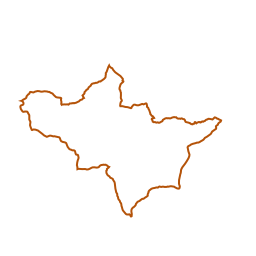 outline of Guayabetal, Cundinamarca, Colombia, rotated 61°
{"feature_id": "7082276B39742975331466", "entity_name": "Guayabetal", "entity_type": "district", "adm_level": 2, "iso_a3": "COL", "parent_name": "Colombia", "parent_adm1": "Cundinamarca", "projection": "mercator", "projection_center": [-73.849, 4.248], "detail": "fine", "context": "isolated", "style": "outline", "palette": "amber", "viewbox_px": 256, "rotation_deg": 61, "n_neighbors": 0, "source": "geoboundaries", "source_scale": "gbopen_adm2", "svg_char_len": 5876}
<svg xmlns="http://www.w3.org/2000/svg" viewBox="0 0 256 256"><g transform="rotate(61 128 128)"><path d="M189.5,100.8L188.6,99.3L186.9,95.4L185.5,92.7L183.8,89.8L182.3,88.0L181.0,87.1L177.7,86.5L173.7,85.2L173.1,84.1L173.2,81.9L173.0,81.0L173.2,79.2L174.0,76.2L174.2,74.8L174.9,73.4L175.0,72.2L174.9,70.8L174.9,69.0L174.8,67.6L173.9,65.5L173.9,63.2L173.4,58.9L173.2,58.2L171.9,56.1L171.4,51.4L170.7,50.8L169.5,50.5L169.0,50.0L168.8,48.9L168.8,48.2L168.6,47.7L167.9,47.0L167.6,46.3L167.3,43.8L166.5,42.9L165.7,43.4L164.9,44.1L163.8,44.6L163.2,45.4L162.6,45.7L162.3,45.7L161.6,46.2L160.8,46.9L160.8,47.3L161.1,48.3L161.5,49.9L159.6,52.2L158.9,53.3L159.0,54.4L158.7,55.4L158.8,56.5L159.1,57.2L158.9,58.1L159.0,59.0L158.9,59.3L158.4,59.6L158.2,60.0L158.3,60.5L158.4,61.8L158.0,62.3L157.6,62.3L157.0,63.4L156.9,65.5L157.0,66.0L155.6,66.2L155.3,66.5L155.4,67.0L156.0,67.5L156.3,68.2L156.0,68.8L155.9,69.2L156.1,69.7L155.8,70.1L155.3,70.8L153.7,71.5L153.6,71.8L152.9,72.2L151.0,74.3L150.6,74.6L150.1,74.7L148.9,74.4L147.6,74.6L146.9,75.5L145.8,76.2L145.5,76.6L145.4,76.9L145.5,77.5L144.7,78.4L144.2,79.5L143.5,80.2L141.9,80.7L141.6,81.5L140.8,82.4L140.3,84.2L140.2,85.7L140.1,86.4L139.8,86.9L139.3,87.4L138.7,88.7L138.1,89.4L137.7,90.7L137.8,93.5L138.7,94.7L138.6,96.0L138.7,97.0L138.5,98.3L138.1,98.8L137.5,99.2L137.0,100.7L135.9,101.5L135.4,102.7L134.4,103.3L133.6,103.0L133.0,103.0L132.4,102.9L131.9,103.0L131.4,102.6L131.9,100.3L131.4,100.3L130.6,100.6L129.8,100.6L128.7,101.4L127.1,101.5L126.7,101.7L125.5,101.3L122.8,100.8L121.1,100.8L120.7,100.6L119.9,100.6L119.1,101.0L118.6,101.1L117.9,100.6L117.0,100.3L115.9,100.0L115.4,100.1L115.1,100.6L114.9,102.9L114.0,103.7L113.8,104.0L113.3,107.5L113.0,108.3L112.1,109.6L111.4,110.2L110.9,110.7L110.5,111.6L110.5,112.0L110.9,113.2L111.4,114.5L112.1,115.3L112.1,115.8L109.6,118.2L108.3,120.1L106.2,122.3L105.2,124.1L104.6,124.0L102.8,122.7L101.9,121.8L101.2,120.2L100.1,119.9L98.9,119.9L98.2,119.7L95.9,118.3L93.5,117.0L92.7,117.0L91.3,116.5L90.3,116.7L89.3,116.3L88.5,115.7L86.2,113.3L85.7,111.8L85.4,110.1L85.1,109.5L84.9,109.4L84.2,109.8L83.9,109.9L83.2,109.1L82.5,108.7L78.9,109.4L73.6,111.9L72.5,112.3L69.9,112.8L68.2,112.8L67.8,113.0L67.1,113.6L66.6,113.8L64.9,114.3L64.2,114.2L65.0,115.5L68.2,119.1L68.9,120.1L69.2,120.8L70.6,121.5L71.2,122.1L72.5,122.9L72.9,123.4L73.5,125.3L73.6,126.5L73.8,127.3L73.7,128.3L74.0,129.4L73.3,130.7L73.5,132.6L73.2,133.7L72.7,134.6L72.7,135.4L72.3,136.2L71.9,138.0L72.3,139.3L72.9,140.0L73.4,142.7L74.2,143.8L74.5,144.3L74.6,144.9L74.4,145.5L74.5,145.9L75.0,146.9L75.6,148.7L76.6,149.3L76.9,149.9L77.5,152.0L80.4,152.0L80.2,153.0L80.7,153.9L80.8,154.5L80.4,156.2L80.9,157.8L80.7,161.4L80.5,161.8L80.4,162.7L79.9,163.2L79.8,164.0L79.5,164.5L79.2,164.7L79.0,165.8L78.3,167.0L78.4,167.6L78.7,168.4L78.7,168.8L78.0,169.4L77.2,171.1L76.8,171.7L75.5,174.2L75.6,174.7L75.0,174.8L74.2,174.5L73.0,173.6L70.9,173.0L69.8,172.1L69.6,172.0L69.2,172.1L68.7,172.6L67.1,174.9L66.4,175.7L65.8,176.1L63.0,177.0L61.3,177.3L59.5,178.7L58.4,179.2L57.7,180.3L56.9,181.0L55.4,183.2L54.5,185.7L54.0,186.5L52.6,188.0L51.8,189.3L51.2,191.5L51.1,192.1L51.1,193.1L51.0,193.6L49.3,195.6L49.1,196.2L49.2,196.5L50.1,197.6L50.2,197.9L50.2,198.9L51.1,201.3L51.5,201.7L52.1,202.1L52.3,202.5L52.5,203.4L52.4,205.8L52.7,207.5L52.6,208.0L52.9,207.7L53.7,207.4L54.4,207.2L55.5,207.3L56.0,207.6L56.5,208.0L56.7,208.4L56.7,208.8L56.4,210.7L56.7,211.4L57.0,211.7L57.6,212.0L59.4,212.5L61.9,212.3L62.8,212.0L63.3,211.4L63.6,210.2L64.1,209.3L64.8,208.3L65.6,208.1L67.0,208.2L68.6,208.1L69.3,208.3L72.7,210.2L73.6,210.3L75.0,210.3L75.7,210.6L78.0,212.3L79.7,212.7L83.0,213.1L83.3,212.8L83.5,211.3L84.1,210.4L84.7,209.6L85.9,208.6L86.3,208.1L91.8,205.7L93.8,205.0L96.3,203.3L96.4,203.0L96.7,200.5L96.9,199.8L97.6,198.9L99.1,197.4L99.5,196.4L100.4,195.4L102.9,192.6L103.6,192.5L104.5,192.6L105.9,192.9L107.2,192.8L108.7,191.7L109.2,191.0L110.4,189.8L111.2,189.4L111.6,189.4L113.4,189.7L115.2,189.9L117.6,189.6L118.6,189.1L119.6,188.1L120.4,187.6L120.9,187.0L121.2,186.2L121.8,185.8L122.2,185.6L122.7,185.6L124.8,186.2L125.9,186.3L126.2,186.1L127.1,185.0L127.7,184.9L130.0,185.6L130.4,185.9L130.9,186.4L131.9,187.6L133.4,189.0L135.7,190.7L137.6,191.2L139.5,192.2L139.6,191.5L139.8,190.9L141.8,187.9L142.7,186.1L143.4,185.0L144.2,184.3L144.5,183.8L144.9,182.8L145.1,181.4L145.1,179.6L145.2,178.2L146.1,176.4L147.4,174.7L147.9,173.5L148.0,172.4L147.8,171.8L147.4,171.1L147.4,169.5L148.3,167.0L148.6,166.8L149.3,165.3L150.2,164.9L150.7,164.4L152.2,164.0L152.9,163.4L153.2,164.1L153.5,166.0L153.6,166.3L154.4,166.7L154.7,167.1L154.9,167.7L156.3,168.4L157.1,168.7L159.1,168.7L160.1,168.4L161.3,167.7L162.8,167.6L163.3,167.3L163.6,167.0L164.5,166.4L165.3,166.0L166.6,166.2L168.5,166.0L169.8,166.3L174.9,168.4L178.7,169.5L180.4,169.4L182.0,170.2L182.4,170.3L183.6,170.2L185.1,170.8L186.2,170.8L187.0,170.6L187.7,170.5L189.0,170.8L190.6,170.6L191.3,170.8L193.1,171.5L194.4,171.7L195.8,172.1L197.4,172.4L198.8,172.2L201.9,171.6L202.4,171.4L202.9,171.1L203.5,170.2L203.8,169.8L204.0,168.9L204.2,168.6L205.0,168.3L206.7,168.4L206.9,168.2L206.9,167.6L205.1,166.4L202.8,165.6L201.9,165.1L200.9,164.3L200.3,163.2L200.0,162.3L199.9,161.0L199.3,158.9L198.2,157.8L197.2,155.4L197.4,153.1L197.0,151.8L197.1,151.3L196.9,150.3L196.9,149.8L197.4,148.8L197.4,148.1L197.2,147.3L197.1,145.3L196.9,143.8L196.7,143.5L195.8,143.1L194.9,142.2L194.5,141.4L194.0,141.2L193.4,140.6L192.9,139.4L192.8,138.4L192.5,137.0L192.8,135.3L193.4,133.6L193.6,132.6L193.9,131.7L194.6,130.8L194.4,129.9L194.4,129.2L194.5,128.7L195.1,128.2L195.7,127.4L196.2,125.9L196.5,125.6L196.7,125.2L197.3,124.6L197.9,123.5L198.3,122.6L198.4,121.8L198.8,121.4L199.7,118.7L201.7,116.1L202.4,115.8L204.8,114.2L205.7,112.9L205.4,111.9L204.0,110.9L202.5,110.7L201.4,110.4L198.3,108.6L193.7,104.6L192.9,103.7L191.7,102.8L190.5,102.0L189.5,100.8Z" fill="none" stroke="#b45309" stroke-width="2"/></g></svg>